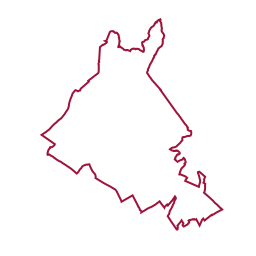 Sulita, Botosani, Romania (Natural Earth projection), rotated 85°
{"feature_id": "2599482B5546684952398", "entity_name": "Sulita", "entity_type": "district", "adm_level": 2, "iso_a3": "ROU", "parent_name": "Romania", "parent_adm1": "Botosani", "projection": "natural_earth1", "projection_center": [26.901, 47.647], "detail": "fine", "context": "isolated", "style": "outline", "palette": "rose", "viewbox_px": 256, "rotation_deg": 85, "n_neighbors": 0, "source": "geoboundaries", "source_scale": "gbopen_adm2", "svg_char_len": 5630}
<svg xmlns="http://www.w3.org/2000/svg" viewBox="0 0 256 256"><g transform="rotate(85 128 128)"><path d="M151.4,203.7L152.0,203.3L155.0,199.5L155.8,197.8L157.4,196.1L158.5,194.5L163.7,188.1L166.5,185.3L168.9,183.1L168.2,182.0L166.7,180.7L165.4,179.8L164.5,178.9L164.3,178.4L162.8,177.3L162.0,176.5L161.2,174.4L160.8,172.6L161.0,171.7L160.9,171.5L160.8,169.7L162.6,169.2L167.9,167.2L171.1,164.9L172.5,164.5L173.6,164.4L175.0,164.7L180.3,157.6L182.4,154.5L184.8,150.7L188.4,145.8L189.9,144.9L195.6,142.7L199.7,141.1L200.9,140.9L195.5,129.3L206.0,125.0L206.9,124.7L207.3,124.7L207.7,124.2L209.3,123.5L210.7,123.3L211.3,122.4L211.8,122.2L212.5,122.0L213.3,122.1L212.9,121.3L212.6,120.9L212.2,119.8L210.5,116.5L209.5,114.3L208.4,111.0L207.8,109.8L206.6,107.3L203.8,102.9L205.8,101.8L210.6,98.7L210.1,98.5L209.4,97.9L207.6,95.7L208.7,95.0L208.6,94.9L207.8,94.4L206.9,93.1L204.8,91.2L204.6,90.7L200.3,87.2L201.6,86.5L202.0,86.4L202.6,86.6L203.7,87.3L204.3,87.9L206.5,88.7L209.0,90.2L209.7,90.5L211.6,91.7L212.6,92.3L214.0,93.4L215.8,94.1L217.2,94.4L217.7,95.0L219.3,96.1L225.2,93.0L228.2,91.2L231.5,89.4L233.2,88.4L233.5,88.0L233.3,87.5L232.8,87.3L230.7,87.0L230.2,87.0L229.7,87.3L228.7,86.4L225.6,83.3L224.7,82.7L227.8,81.1L229.4,82.1L229.9,82.0L231.0,81.0L230.4,79.7L229.5,77.5L228.1,75.8L227.8,75.7L227.6,75.8L227.1,75.2L226.9,75.2L226.3,75.2L225.5,75.7L225.2,75.2L225.0,74.8L225.2,73.9L224.9,73.3L224.7,71.8L224.5,71.2L224.9,70.9L225.0,70.6L225.0,70.4L224.6,69.8L225.1,69.1L225.0,68.3L224.8,68.0L231.4,65.2L225.8,62.1L224.8,60.9L226.8,59.8L221.7,52.1L221.7,51.4L221.9,51.4L221.6,50.9L221.4,50.0L220.4,48.3L219.8,47.1L217.4,41.3L216.2,42.3L215.2,43.5L214.8,43.8L214.5,43.9L211.5,46.5L210.5,47.7L207.9,49.6L204.5,52.7L199.1,57.9L198.6,57.5L196.1,56.7L193.6,56.3L192.1,56.3L190.3,55.9L189.1,57.6L187.6,56.7L185.8,56.7L183.3,55.4L177.8,60.7L177.9,62.0L178.7,62.3L181.5,61.5L186.6,60.7L188.2,60.9L191.1,62.1L192.8,62.5L185.7,75.6L184.6,75.0L182.8,73.4L181.3,74.9L178.8,79.8L178.9,80.4L178.7,80.9L175.7,79.7L173.0,78.3L170.3,75.0L169.4,74.4L168.5,74.9L167.3,73.5L164.3,74.0L163.0,74.8L162.6,75.2L162.8,75.5L164.1,76.3L164.1,76.7L165.0,79.6L166.0,81.6L163.4,84.1L162.8,83.5L162.0,83.6L161.6,83.5L161.1,83.1L160.3,82.2L159.8,82.1L159.3,81.8L158.6,80.9L158.5,80.7L158.9,80.3L158.9,80.0L158.2,79.2L158.2,78.9L157.7,78.6L157.1,78.7L156.5,79.0L154.9,80.6L155.0,81.2L154.7,81.7L154.9,81.8L155.0,82.1L154.8,82.3L154.9,82.5L154.8,82.8L155.0,83.1L154.9,84.6L154.6,84.9L154.4,85.8L153.9,86.7L152.8,88.0L152.4,87.4L151.5,85.8L151.2,83.0L150.8,81.8L150.4,81.0L149.9,80.6L147.1,77.0L146.7,76.8L144.9,74.9L144.4,74.8L143.1,74.9L142.0,74.4L141.8,73.7L141.9,73.0L141.9,72.2L141.2,69.8L141.2,66.8L141.0,66.4L140.0,65.7L137.8,65.3L136.4,65.6L136.3,66.0L136.2,66.9L136.0,67.4L135.1,68.6L134.2,68.6L133.5,68.7L133.2,68.6L133.0,68.3L132.5,68.5L132.0,69.0L130.9,69.4L129.6,70.3L129.1,70.8L119.0,76.7L117.8,77.7L115.1,79.3L92.9,92.4L92.8,92.1L82.5,99.8L80.0,101.2L78.5,102.2L74.7,104.2L73.4,103.8L72.4,103.1L71.7,103.1L70.7,102.8L69.7,101.9L67.3,100.9L66.4,100.4L66.0,99.9L65.4,99.7L63.8,98.4L62.0,97.4L61.0,97.0L60.7,96.5L59.7,95.9L59.2,95.6L58.6,95.8L58.3,95.7L58.0,95.3L57.4,94.8L57.5,94.5L57.1,94.0L55.3,93.1L54.9,93.0L53.8,92.1L53.3,91.9L51.4,90.7L50.9,89.8L50.5,89.5L49.9,88.5L49.9,88.2L49.6,87.8L49.0,87.2L46.8,86.0L44.8,85.9L44.5,85.7L43.9,85.7L42.9,85.8L41.9,85.2L41.7,84.7L38.9,83.9L37.5,84.3L35.5,85.6L34.2,86.1L33.8,86.1L32.7,85.7L32.0,85.8L31.6,85.5L29.2,85.9L27.4,85.7L27.1,85.9L26.1,85.8L24.5,86.7L24.0,86.6L23.1,86.1L22.5,86.4L22.6,86.6L23.5,87.1L23.7,87.3L23.3,87.6L23.1,88.1L23.7,89.2L24.6,89.9L25.4,90.1L25.4,90.5L24.9,90.7L24.9,91.0L25.5,91.6L26.3,92.0L26.8,92.6L27.3,92.6L27.7,92.9L29.0,94.3L29.5,95.6L30.5,96.7L33.0,98.4L34.7,98.9L35.4,99.4L36.2,99.2L37.6,98.6L38.4,98.8L40.1,100.1L41.0,100.3L41.5,101.0L42.0,103.3L42.2,103.5L43.3,104.4L43.5,105.0L43.5,106.0L43.8,106.3L44.5,106.6L45.0,106.5L46.5,106.5L47.3,106.3L47.1,106.0L48.7,105.5L48.9,105.4L49.7,105.3L50.8,105.4L51.1,105.3L51.6,105.4L51.9,105.3L52.6,105.5L53.4,105.9L53.4,106.5L53.0,106.7L52.4,107.9L51.8,108.6L51.3,109.5L50.5,110.1L50.2,110.7L50.0,111.8L49.8,112.2L50.2,113.8L49.5,114.4L49.4,115.2L49.6,115.8L49.4,116.7L50.3,118.3L51.6,119.1L50.3,121.5L50.1,122.5L50.4,123.1L50.4,123.3L49.6,125.3L48.5,126.1L47.2,127.8L46.0,128.9L46.6,129.7L46.6,130.6L46.4,130.7L43.9,129.5L42.5,129.2L41.2,129.1L40.8,128.6L39.4,129.0L38.3,129.0L37.7,129.1L37.1,128.9L36.9,129.2L35.2,129.2L34.5,129.3L33.9,129.8L33.3,129.9L32.8,130.4L32.2,130.7L32.0,131.3L32.2,131.8L32.0,132.3L32.0,132.7L31.3,133.1L31.1,133.5L30.4,134.0L30.6,134.4L30.1,135.3L30.1,136.2L30.6,137.5L30.8,137.7L38.6,141.6L39.1,142.1L39.3,143.1L39.5,142.8L39.6,142.2L40.5,141.5L41.4,142.2L43.1,145.4L42.9,145.9L45.0,148.9L57.2,150.7L58.5,151.2L58.8,151.0L59.4,151.1L59.7,150.9L59.9,151.1L61.2,151.8L61.7,151.8L62.3,151.6L62.7,151.8L63.9,151.7L65.4,152.0L66.5,151.9L69.1,152.3L69.8,152.4L70.8,152.9L71.4,154.0L77.5,163.5L78.4,163.0L84.7,171.7L86.4,172.4L86.4,172.8L86.6,173.6L87.0,174.3L87.1,174.7L86.8,175.0L85.7,177.0L86.2,177.7L88.7,180.1L89.6,180.6L90.5,180.9L93.8,182.6L97.2,184.1L99.9,184.9L101.3,185.1L103.9,186.2L106.9,188.7L108.6,189.9L110.8,192.0L112.8,194.0L113.0,194.4L114.1,196.4L116.7,199.6L117.7,201.2L119.5,203.3L122.1,206.0L123.0,207.2L125.0,210.4L127.3,214.7L137.7,202.3L138.3,202.5L138.9,203.1L139.8,204.3L140.2,205.0L140.5,206.2L140.6,206.6L140.3,207.2L140.4,207.4L140.7,207.5L141.2,207.4L141.6,208.1L143.7,209.6L146.7,210.5L147.6,210.5L147.8,210.3L147.8,209.9L147.6,209.6L147.4,209.0L148.6,207.5L148.9,207.2L149.1,206.5L150.7,204.6L151.1,204.4L151.4,203.7Z" fill="none" stroke="#9f1239" stroke-width="2"/></g></svg>